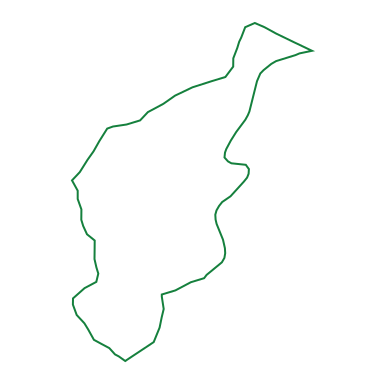 outline of Maengsan, P'yŏngan-namdo, North Korea
{"feature_id": "82179303B43316794404011", "entity_name": "Maengsan", "entity_type": "district", "adm_level": 2, "iso_a3": "PRK", "parent_name": "North Korea", "parent_adm1": "P'yŏngan-namdo", "projection": "mercator", "projection_center": [126.637, 39.682], "detail": "fine", "context": "isolated", "style": "outline", "palette": "green", "viewbox_px": 384, "rotation_deg": 0, "n_neighbors": 0, "source": "geoboundaries", "source_scale": "gbopen_adm2", "svg_char_len": 1244}
<svg xmlns="http://www.w3.org/2000/svg" viewBox="0 0 384 384"><path d="M114.5,126.3L113.0,126.5L107.2,128.6L99.4,141.0L93.5,151.4L87.6,159.7L79.8,172.1L72.0,180.4L75.0,185.8L77.7,190.7L77.7,199.0L81.4,209.4L81.3,219.8L83.2,226.0L87.0,234.3L94.7,240.5L94.6,250.9L94.5,259.1L96.4,267.4L98.3,273.6L96.3,281.9L84.6,288.1L73.0,298.4L72.9,304.6L76.7,315.0L84.4,323.3L88.2,329.5L93.9,339.8L101.6,344.0L109.3,348.1L115.0,354.4L118.8,356.4L125.2,361.0L153.7,342.1L159.6,327.6L161.7,317.3L163.7,309.0L161.8,296.6L161.8,294.5L175.4,290.4L190.9,282.2L204.1,278.2L206.6,274.9L221.9,262.3L224.4,257.9L225.2,253.2L224.9,248.2L223.0,239.7L216.6,223.9L215.6,219.6L215.3,214.7L216.5,210.4L219.1,205.9L222.2,202.0L230.5,196.3L243.8,181.7L247.1,177.6L248.6,173.8L248.9,169.1L245.8,164.8L231.4,163.3L228.0,161.4L224.5,157.5L225.0,152.6L226.3,149.0L230.8,140.6L236.2,132.0L245.3,119.8L247.8,115.3L249.4,111.5L257.0,81.2L260.3,73.5L263.6,70.1L271.3,63.9L276.1,61.1L295.5,55.1L299.5,53.4L312.0,50.8L293.3,41.9L276.0,33.5L264.5,27.2L254.8,23.0L245.2,27.2L241.2,37.6L239.2,41.7L237.3,47.9L233.3,58.3L233.2,66.6L225.4,77.0L211.9,81.1L192.5,87.3L175.1,95.6L163.4,103.8L147.9,112.1L140.1,120.4L126.6,124.5L114.5,126.3Z" fill="none" stroke="#15803d" stroke-width="2"/></svg>